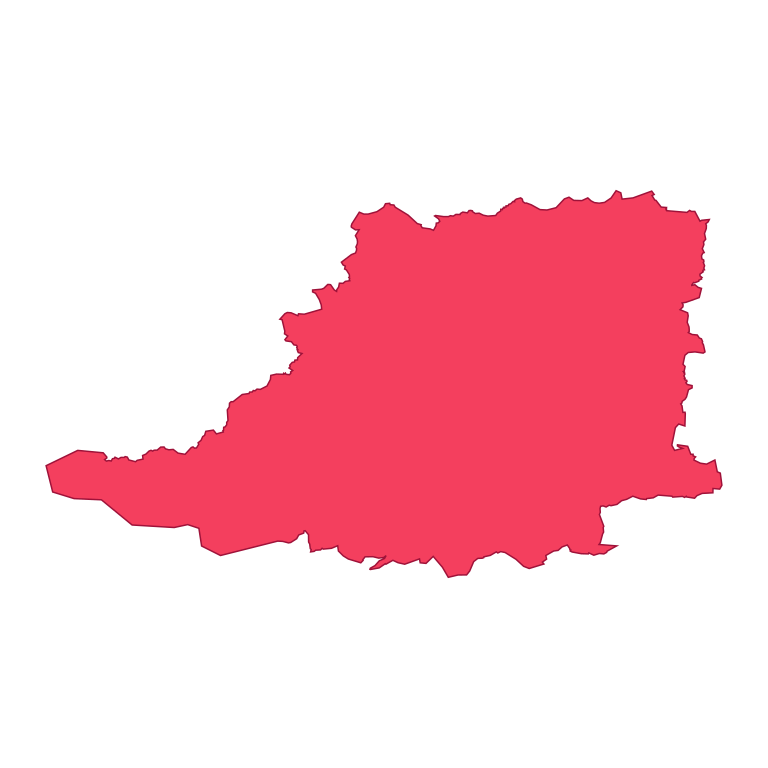 outline of Tuam Lea-7, Galway, Ireland
{"feature_id": "5873133B37999422461820", "entity_name": "Tuam Lea-7", "entity_type": "district", "adm_level": 2, "iso_a3": "IRL", "parent_name": "Ireland", "parent_adm1": "Galway", "projection": "robinson", "projection_center": [-8.881, 53.529], "detail": "fine", "context": "isolated", "style": "filled", "palette": "rose", "viewbox_px": 768, "rotation_deg": 0, "n_neighbors": 0, "source": "geoboundaries", "source_scale": "gbopen_adm2", "svg_char_len": 6128}
<svg xmlns="http://www.w3.org/2000/svg" viewBox="0 0 768 768"><path d="M672.7,497.1L682.5,496.4L684.6,497.4L686.3,496.3L686.7,497.0L694.6,498.2L697.0,495.6L702.1,493.4L712.9,492.8L713.0,488.5L719.7,489.1L721.9,485.2L720.3,473.1L717.3,471.8L714.9,460.0L706.6,464.1L700.4,463.2L694.0,460.1L694.2,458.4L695.6,456.9L693.1,455.8L693.1,454.3L690.8,454.3L687.7,446.3L677.5,444.8L677.4,445.9L678.8,446.9L682.6,448.4L674.6,450.4L671.8,445.2L675.4,427.6L678.7,424.0L684.9,426.0L685.3,413.6L685.0,412.2L682.9,412.4L682.0,405.8L680.7,403.9L681.9,403.0L682.2,401.3L685.0,399.3L686.5,397.0L688.5,389.7L692.1,387.9L692.1,385.6L687.3,384.5L686.3,383.4L685.9,382.7L687.0,381.5L686.7,380.3L685.2,380.0L684.4,378.7L685.1,378.3L683.9,375.9L684.9,374.0L683.9,372.8L684.5,372.2L683.4,371.5L684.2,371.1L685.1,366.5L683.0,364.3L684.9,355.3L688.2,352.5L695.0,351.9L703.2,353.1L705.0,351.9L703.4,344.7L702.3,342.8L702.6,341.5L701.4,338.8L699.3,338.0L697.3,335.0L692.1,334.5L688.3,332.6L689.2,331.5L689.2,329.2L689.0,326.9L687.2,322.3L688.2,315.8L687.6,312.8L680.1,309.7L682.9,306.9L683.1,304.8L682.1,303.0L686.0,302.3L699.2,297.6L701.5,288.4L698.0,287.3L694.9,284.7L691.8,285.4L691.8,284.9L693.5,282.5L694.5,282.8L698.8,281.2L698.8,280.3L701.6,279.0L701.3,278.0L702.0,277.5L700.0,275.9L699.9,274.2L703.2,271.8L702.7,271.1L703.1,270.2L704.5,269.8L703.8,268.1L704.6,265.8L703.3,262.4L703.9,261.8L703.7,260.0L701.9,258.9L701.5,255.8L702.7,253.2L704.2,252.6L702.3,248.7L703.9,244.6L703.5,241.9L705.7,239.2L704.5,233.5L706.3,228.5L706.4,225.3L705.7,223.8L708.1,221.9L709.3,219.5L701.6,220.3L700.0,221.2L694.8,211.4L691.4,211.4L689.6,210.4L687.0,212.4L666.7,210.7L666.0,209.6L666.6,209.0L665.9,208.3L666.4,207.5L661.2,207.1L656.0,200.4L654.8,200.1L652.0,195.5L654.2,194.5L651.7,191.1L633.0,197.9L622.1,199.1L620.8,192.8L616.1,190.7L611.1,198.0L604.6,202.4L599.2,203.2L594.4,202.6L591.1,200.9L587.8,197.9L581.9,200.6L573.8,200.4L569.0,197.2L564.4,198.9L556.1,207.7L547.0,210.0L540.0,209.6L531.3,204.8L526.4,203.0L525.1,203.2L522.9,201.6L522.3,199.1L520.7,197.9L516.3,199.1L514.4,200.7L514.6,201.7L513.0,201.5L510.8,203.7L508.7,204.4L508.2,205.7L506.0,205.9L506.0,207.0L503.9,207.3L504.2,208.0L502.6,208.4L502.4,209.6L500.8,209.3L500.6,211.1L497.4,213.1L495.7,215.5L487.8,216.1L483.3,215.2L479.2,213.2L475.2,213.5L472.4,211.5L472.4,210.8L470.7,210.4L469.0,210.6L467.4,212.8L462.8,212.1L460.4,213.5L460.1,214.5L455.9,214.4L453.3,216.1L450.4,215.7L448.4,216.6L443.6,216.6L435.5,215.5L434.6,216.0L438.5,218.8L439.8,221.3L438.1,222.9L436.3,223.1L436.0,225.8L433.5,230.3L430.1,228.9L422.2,227.8L420.9,225.6L421.2,224.7L417.3,223.6L408.1,215.1L395.2,207.2L393.9,205.0L390.2,204.7L389.7,203.3L385.5,203.7L383.7,207.2L376.9,211.7L368.1,214.1L363.9,214.1L359.3,212.2L351.9,223.8L351.2,226.1L351.4,227.2L355.5,229.9L359.1,229.7L355.4,235.7L357.1,239.0L357.5,241.7L357.3,243.9L355.9,247.0L356.6,248.4L356.5,250.3L355.5,253.0L351.4,254.6L341.4,262.2L343.1,265.0L345.3,266.1L344.6,269.0L346.4,269.9L349.3,274.5L349.5,276.4L348.8,277.6L349.7,278.2L349.3,279.5L349.8,280.7L345.3,281.4L343.1,283.3L339.4,283.2L338.6,287.1L336.8,289.7L336.6,291.4L334.3,290.0L330.6,284.7L329.2,284.5L327.7,284.5L323.8,288.3L321.5,289.2L312.6,290.0L312.6,291.9L315.6,293.3L319.3,299.6L321.2,304.8L321.7,309.2L304.3,314.2L298.5,313.8L297.9,315.7L291.1,312.8L287.3,312.5L284.9,313.7L279.9,319.2L282.1,319.7L284.8,331.1L284.5,333.8L287.8,336.0L284.9,339.7L285.9,340.9L291.4,341.7L293.9,344.9L296.5,345.3L297.2,346.4L296.7,347.5L297.3,348.2L297.0,349.2L297.9,349.7L297.4,350.5L298.3,352.6L302.0,353.5L297.7,357.6L297.5,359.9L294.9,360.1L294.5,361.9L292.2,362.4L289.7,365.2L290.2,366.7L289.0,368.0L292.7,370.5L290.6,371.9L290.9,373.1L289.5,374.7L286.0,374.3L285.4,373.1L284.5,374.0L283.6,373.3L283.3,374.3L276.5,374.1L270.8,375.4L270.4,379.5L267.0,386.0L260.3,389.4L257.0,389.1L255.0,390.8L253.3,390.5L252.2,392.0L249.6,392.1L249.1,393.5L242.2,394.5L233.1,401.7L231.1,401.7L229.5,403.2L229.3,406.9L227.3,409.9L228.0,420.6L226.7,422.3L226.7,424.8L225.1,426.9L223.7,427.3L223.5,430.4L222.9,430.7L223.3,432.0L216.4,433.9L213.4,430.1L205.8,431.3L204.6,435.4L202.7,436.6L201.0,440.4L198.1,442.7L198.7,444.4L196.5,447.9L194.6,448.2L193.0,446.9L191.3,447.5L185.1,454.3L178.0,453.1L173.2,449.4L168.9,449.8L165.4,448.8L164.1,447.0L160.7,447.1L157.2,450.1L154.1,450.2L152.6,451.1L151.0,450.3L149.0,451.1L145.9,454.1L142.6,455.5L143.0,459.1L137.2,460.3L135.6,461.7L128.9,460.0L127.3,457.1L125.1,456.6L124.3,457.4L121.0,457.4L118.4,458.9L115.0,457.2L114.4,458.3L112.5,458.7L111.2,461.0L108.8,460.5L106.4,461.1L104.6,459.6L106.8,458.0L106.8,457.0L103.2,452.8L77.7,450.4L46.1,465.7L52.7,492.0L74.1,498.6L101.4,499.8L132.1,525.0L174.2,527.5L187.7,524.6L198.9,528.3L201.6,546.0L220.5,555.5L277.7,541.1L282.8,541.4L288.5,542.9L290.7,542.5L296.7,538.7L298.7,535.0L303.7,533.1L304.1,530.8L305.2,530.7L308.5,534.7L308.6,542.0L309.7,544.1L310.3,548.7L311.2,549.5L310.6,551.9L314.1,551.4L315.7,550.2L320.6,549.9L322.1,548.3L323.2,549.1L331.5,548.3L337.7,545.7L338.4,551.0L343.3,555.9L348.3,559.0L360.8,562.8L363.1,560.4L362.8,559.8L365.1,556.8L373.0,556.7L378.7,558.1L383.7,557.5L386.1,555.6L384.5,558.5L379.3,560.8L375.0,565.6L370.3,568.2L369.9,569.3L370.4,569.5L379.2,567.9L385.3,563.7L385.9,564.2L392.9,560.3L398.0,562.7L404.7,564.2L419.5,558.9L420.2,562.8L426.0,563.4L433.2,556.4L442.4,567.2L448.3,577.3L458.0,575.0L466.6,574.9L469.7,571.0L473.7,561.6L477.8,558.4L482.3,558.2L483.8,557.6L483.9,556.8L490.3,555.4L496.3,551.9L497.8,553.0L500.7,551.6L505.1,552.5L516.0,559.3L523.6,566.3L529.2,568.5L543.9,564.0L542.4,562.1L546.6,559.1L545.8,555.5L553.7,551.0L558.1,550.4L562.1,546.9L567.3,545.0L569.7,548.5L569.9,549.8L570.8,550.1L570.3,551.1L572.1,552.0L581.3,553.7L588.3,553.9L588.8,552.9L593.8,555.2L599.3,553.5L603.9,553.9L606.6,552.4L607.2,551.1L616.7,545.9L599.0,544.5L600.3,542.7L602.6,534.0L603.6,532.1L603.2,527.5L603.8,526.3L599.4,514.5L600.3,512.3L600.0,508.7L600.6,506.3L603.1,505.9L606.1,507.0L609.2,505.2L611.0,505.7L617.0,504.4L621.6,500.7L626.7,499.3L632.8,496.2L640.5,498.9L646.3,499.5L646.6,498.6L653.3,497.8L658.1,495.1L672.0,496.2L672.7,497.1Z" fill="#f43f5e" stroke="#9f1239" stroke-width="1.5"/></svg>